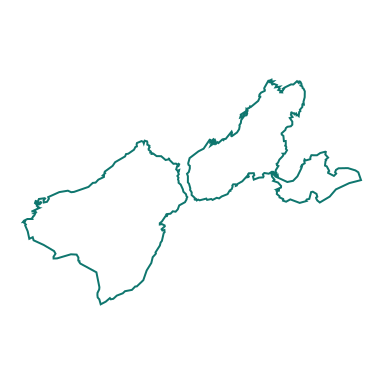 outline of Inderøy nor, Nord-Trøndelag, Norway
{"feature_id": "86288312B4648926178288", "entity_name": "Inderøy nor", "entity_type": "district", "adm_level": 2, "iso_a3": "NOR", "parent_name": "Norway", "parent_adm1": "Nord-Trøndelag", "projection": "orthographic", "projection_center": [11.117, 63.848], "detail": "fine", "context": "isolated", "style": "outline", "palette": "teal", "viewbox_px": 384, "rotation_deg": 0, "n_neighbors": 0, "source": "geoboundaries", "source_scale": "gbopen_adm2", "svg_char_len": 6002}
<svg xmlns="http://www.w3.org/2000/svg" viewBox="0 0 384 384"><path d="M100.7,304.3L105.7,301.7L109.9,298.1L110.8,299.3L113.3,298.8L116.8,295.6L122.8,293.3L125.0,291.2L131.9,289.9L135.2,286.5L136.8,286.4L143.3,280.2L146.7,270.4L151.3,263.0L152.7,257.2L155.5,254.1L155.9,253.4L155.5,252.4L159.9,245.5L160.6,242.6L161.9,240.9L163.7,233.1L164.6,232.2L164.4,230.0L162.4,230.5L161.6,229.2L164.8,226.3L164.6,225.4L161.9,224.1L159.8,224.5L159.8,223.2L161.9,221.5L165.4,216.3L166.9,216.1L167.4,214.9L167.4,214.7L166.9,215.9L166.1,215.7L166.4,214.6L167.1,214.8L166.4,214.5L166.7,214.1L170.5,213.7L172.8,211.3L175.6,211.7L177.8,209.3L179.2,205.4L185.0,202.2L186.6,199.3L186.5,198.7L187.3,197.1L186.5,196.3L186.0,194.2L183.4,191.7L182.8,189.2L180.7,184.6L178.6,182.8L178.6,180.9L178.0,179.3L178.5,177.7L177.4,176.0L178.8,174.3L178.0,172.0L178.8,171.5L179.1,170.1L177.6,170.8L176.2,169.4L177.0,166.6L178.4,166.2L179.2,164.3L178.5,163.8L177.4,164.8L176.0,163.6L173.4,163.8L169.0,159.4L169.2,157.9L168.4,159.4L165.6,160.0L161.2,156.2L156.6,156.1L153.5,153.8L151.9,153.9L152.2,153.2L150.3,152.6L150.8,151.5L148.7,149.8L148.6,148.8L149.6,147.3L149.1,146.8L149.4,145.7L147.3,144.6L147.4,142.8L147.1,141.4L144.7,140.7L143.8,143.5L143.2,141.8L141.5,141.1L137.0,143.0L136.6,144.3L136.9,146.4L135.4,147.0L134.0,149.7L128.3,153.7L126.0,154.1L125.1,156.4L115.1,162.2L112.6,165.9L104.8,171.6L104.5,172.7L105.1,173.2L102.9,175.4L104.0,175.6L103.9,177.0L98.4,179.6L95.6,182.6L92.8,182.9L88.5,186.9L74.0,191.9L71.2,192.2L67.9,190.7L59.3,192.1L48.2,197.1L48.9,198.8L47.0,201.8L43.8,202.5L43.6,200.4L45.1,198.5L44.7,198.2L38.9,199.0L37.8,201.6L35.7,201.0L35.0,203.1L36.1,204.0L37.1,202.5L37.6,203.4L40.7,202.0L41.2,202.7L39.6,204.3L36.6,204.6L37.2,205.4L36.9,205.9L38.7,207.3L38.2,207.8L39.3,208.0L31.5,211.6L35.0,210.9L35.3,211.3L34.8,211.6L35.8,212.3L34.2,213.3L35.3,213.4L34.2,215.6L32.9,216.6L32.7,217.7L31.5,218.5L31.9,219.0L27.4,219.0L24.0,220.7L23.0,222.0L24.9,221.8L24.4,223.2L25.9,224.5L25.2,225.5L27.7,231.3L29.3,238.8L32.7,237.2L33.6,240.3L43.6,244.9L54.1,251.1L55.5,253.7L53.5,256.8L53.6,258.5L57.0,258.4L70.9,254.3L76.6,254.6L78.4,257.5L78.3,260.6L79.5,261.2L79.3,262.2L80.4,263.6L96.4,272.3L99.4,287.2L99.2,289.4L97.5,292.9L97.4,295.1L97.7,297.5L99.3,299.3L100.7,304.3ZM302.3,86.4L300.7,85.6L301.5,84.9L301.5,84.0L300.3,81.7L299.3,81.4L298.8,83.0L297.0,81.2L293.4,84.5L291.0,84.4L284.5,87.6L283.2,88.6L283.9,88.9L282.6,90.6L282.1,90.4L282.5,90.8L281.8,91.4L282.1,92.4L280.3,92.3L280.9,90.8L278.4,90.0L279.6,88.6L278.6,87.6L279.6,86.7L275.5,87.3L276.9,85.0L274.0,83.9L272.3,84.5L271.4,83.0L273.3,81.4L271.7,81.6L271.5,79.7L270.1,80.4L270.9,81.5L270.7,82.2L269.6,82.2L269.7,81.0L269.2,80.6L268.3,80.8L264.3,88.0L264.2,88.8L264.9,90.0L264.7,90.9L261.1,92.6L259.5,94.5L259.2,96.3L261.1,96.8L260.0,96.9L258.2,100.9L250.8,107.0L250.1,106.4L249.3,107.9L247.8,108.4L247.4,109.7L246.4,108.9L246.2,111.1L240.8,114.6L241.0,115.1L240.2,117.6L242.0,117.0L245.6,112.8L245.9,111.3L247.4,111.3L246.8,112.9L247.2,113.6L246.5,115.3L244.4,115.7L241.2,120.1L240.8,123.1L239.4,125.2L239.7,126.1L239.1,129.3L237.0,132.5L231.8,136.2L231.2,135.8L232.0,132.6L231.6,131.6L225.7,138.9L224.0,139.0L223.5,140.1L222.4,139.4L218.5,143.0L217.7,142.2L215.9,143.9L215.5,143.2L213.5,144.6L215.8,141.9L215.0,140.1L213.3,142.3L213.7,143.4L210.7,145.6L212.8,140.9L212.4,140.6L214.2,138.5L210.2,142.2L210.1,141.1L209.6,141.0L210.1,139.8L209.7,139.7L203.6,148.7L198.5,151.3L189.6,158.1L188.2,163.3L188.5,164.8L189.8,165.8L189.8,168.5L188.8,172.0L187.0,173.8L187.9,176.1L187.9,182.4L189.0,183.7L190.3,188.3L190.1,189.9L191.7,192.4L191.6,195.0L194.8,197.9L195.3,199.6L194.7,198.7L194.7,199.5L195.7,200.1L195.4,199.7L196.2,199.2L196.8,200.4L198.1,199.6L199.7,200.3L206.3,198.6L207.1,199.9L211.2,199.0L212.6,199.9L216.7,197.8L219.1,198.4L221.6,196.5L227.6,194.1L229.2,191.3L230.3,190.9L230.0,190.3L231.7,189.1L232.6,186.7L232.3,185.6L233.2,184.3L235.9,184.3L236.3,184.6L236.0,185.8L236.8,185.5L237.5,184.0L242.3,181.3L247.6,175.5L247.9,176.6L247.5,177.2L248.5,177.0L248.8,176.5L248.0,175.4L248.4,174.7L248.1,174.2L248.8,173.3L253.8,173.2L254.3,175.2L253.0,176.5L253.8,179.6L259.1,177.6L263.1,177.4L263.6,176.4L262.9,174.4L264.3,173.0L268.8,173.7L271.7,171.8L273.2,171.8L275.6,174.2L276.4,172.8L275.5,171.6L275.8,170.1L278.4,166.0L277.0,165.3L277.2,164.0L276.8,163.8L278.0,162.7L279.4,159.6L282.7,156.2L283.6,154.5L282.9,153.7L285.0,153.6L287.0,150.2L285.9,148.9L286.3,147.2L286.0,146.1L285.2,145.7L285.8,144.4L285.7,141.0L283.9,141.1L283.4,135.9L281.7,134.5L281.6,133.3L285.3,130.0L285.9,128.1L287.4,126.8L290.8,126.3L292.3,124.7L292.3,121.6L289.8,118.0L292.5,117.0L290.9,114.8L291.7,113.2L290.4,112.4L291.8,112.9L291.2,111.6L292.0,113.1L294.3,113.3L294.6,114.3L295.7,113.7L296.0,114.3L295.6,114.9L296.3,114.1L296.5,115.2L297.2,114.8L298.7,116.1L299.2,112.0L300.4,111.1L299.9,109.8L302.3,107.0L302.4,104.3L303.4,103.1L303.5,104.7L303.9,104.7L303.5,101.7L304.7,97.2L304.8,91.3L303.5,88.6L302.6,88.1L302.3,86.4ZM361.0,180.1L358.3,172.3L355.4,170.4L347.9,168.1L338.5,168.3L336.0,169.9L335.1,172.2L336.2,173.6L333.9,175.9L328.1,172.9L328.2,172.0L329.2,171.0L328.8,170.2L326.8,166.4L325.0,165.6L325.5,161.2L326.1,160.3L325.7,159.7L328.1,157.6L325.3,154.5L325.8,151.9L325.3,151.7L320.3,153.0L316.9,155.3L311.4,155.2L310.4,157.2L310.3,159.2L305.4,160.5L305.1,160.3L304.9,159.6L304.6,159.4L304.2,160.7L304.7,163.3L301.9,164.9L301.2,166.4L302.0,166.3L301.4,168.2L297.4,176.4L293.1,180.8L287.3,182.0L276.5,177.0L277.9,176.4L277.6,174.6L275.0,175.8L272.4,173.5L271.5,174.2L272.1,176.7L274.4,179.6L273.2,180.9L278.0,182.5L281.1,186.0L281.0,187.5L276.9,189.3L279.0,189.7L278.9,190.7L276.6,191.1L277.0,191.8L276.8,194.0L279.5,196.2L279.5,197.4L283.0,198.9L282.8,199.5L283.4,200.0L283.1,200.7L286.1,201.7L290.3,199.4L299.7,202.9L306.2,201.1L305.9,200.9L306.7,199.5L309.3,198.9L311.1,192.1L312.8,191.7L316.5,193.9L317.3,196.7L316.1,197.6L316.2,198.5L317.3,200.5L319.8,202.5L329.7,196.6L335.9,189.4L349.3,183.1L361.0,180.1Z" fill="none" stroke="#0f766e" stroke-width="2"/></svg>